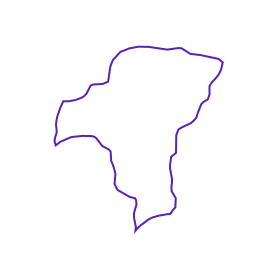 outline of Laghman, rotated 199°
{"feature_id": "AFG-1770", "entity_name": "Laghman", "entity_type": "Province", "adm_level": 1, "iso_a3": "AFG", "parent_name": "Afghanistan", "parent_adm1": "", "projection": "equal_earth", "projection_center": [70.121, 34.819], "detail": "fine", "context": "isolated", "style": "outline", "palette": "violet", "viewbox_px": 256, "rotation_deg": 199, "n_neighbors": 0, "source": "natural_earth", "source_scale": "10m", "svg_char_len": 1351}
<svg xmlns="http://www.w3.org/2000/svg" viewBox="0 0 256 256"><g transform="rotate(199 128 128)"><path d="M59.8,220.9L59.2,215.7L59.1,213.7L59.3,210.6L59.9,207.5L61.6,202.6L63.1,199.5L64.2,196.3L64.5,193.8L61.9,186.5L61.8,181.3L65.0,177.3L65.7,176.1L66.5,174.2L66.9,165.0L66.7,161.3L67.0,159.2L68.2,156.4L70.0,153.2L77.0,146.4L78.8,144.3L79.8,142.8L80.0,139.4L80.0,136.8L74.5,120.1L77.8,114.8L76.2,106.7L75.1,103.5L69.8,94.2L68.5,90.2L68.0,87.2L66.9,84.1L66.0,82.3L60.0,77.2L57.4,68.4L59.1,64.3L59.5,61.9L60.1,60.6L60.7,60.0L61.7,59.8L63.6,58.9L64.9,58.1L70.4,55.1L75.7,51.4L78.4,48.8L84.9,39.3L86.2,36.7L87.5,33.2L88.4,37.1L92.9,44.8L93.9,47.3L94.6,49.6L95.1,58.5L96.8,62.3L98.3,63.8L104.2,63.4L117.9,66.1L122.6,70.8L124.9,80.5L129.4,87.2L133.2,91.5L136.7,99.9L138.7,101.3L146.5,102.6L154.6,108.0L156.9,108.7L159.4,108.6L168.3,105.8L177.4,101.6L179.4,100.4L187.5,92.9L190.7,88.1L192.9,91.1L193.7,93.9L193.9,96.3L193.9,98.4L194.0,100.6L195.0,103.2L197.1,107.6L198.1,111.8L198.6,116.1L198.6,125.1L197.9,132.2L192.7,134.0L186.7,137.4L181.3,141.9L179.5,144.4L178.4,147.0L177.1,156.2L175.2,157.7L166.1,161.5L161.9,165.4L164.7,180.4L164.6,184.4L164.3,187.6L159.9,197.6L155.1,201.5L152.9,203.6L144.3,208.4L134.6,211.5L116.4,214.9L106.2,220.1L103.3,220.8L93.2,218.4L83.5,220.5L65.0,222.8L59.8,220.9Z" fill="none" stroke="#5b21b6" stroke-width="2"/></g></svg>